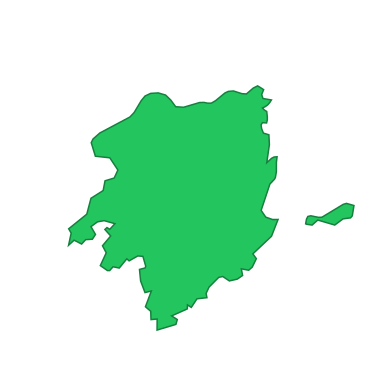 outline of Limburg, rotated 330°
{"feature_id": "BEL-3", "entity_name": "Limburg", "entity_type": "Province", "adm_level": 1, "iso_a3": "BEL", "parent_name": "Belgium", "parent_adm1": "", "projection": "robinson", "projection_center": [5.471, 50.993], "detail": "fine", "context": "isolated", "style": "filled", "palette": "green", "viewbox_px": 384, "rotation_deg": 330, "n_neighbors": 0, "source": "natural_earth", "source_scale": "10m", "svg_char_len": 1889}
<svg xmlns="http://www.w3.org/2000/svg" viewBox="0 0 384 384"><g transform="rotate(330 192 192)"><path d="M222.2,111.1L227.1,114.4L243.3,118.3L247.2,120.4L250.0,122.9L253.1,124.7L258.0,124.7L270.0,122.7L273.7,123.0L278.4,125.2L284.4,131.8L288.2,134.3L297.0,132.6L301.9,132.9L304.4,137.5L305.2,139.2L301.1,142.4L300.2,146.5L306.8,152.0L304.1,153.4L301.2,154.4L298.1,154.7L295.0,154.5L295.7,157.1L296.2,158.2L297.0,159.6L294.8,164.6L293.3,167.2L291.1,169.5L287.7,167.2L285.4,168.4L284.0,171.9L283.3,176.7L287.2,180.9L282.7,189.7L271.4,204.0L277.8,202.6L280.5,202.7L283.3,204.0L280.0,208.4L275.1,216.8L271.4,221.2L270.0,222.1L266.7,223.1L263.4,224.1L242.7,242.5L243.3,250.6L248.0,256.1L252.8,258.8L238.7,270.1L213.8,276.0L214.4,281.9L206.6,287.2L202.0,288.1L196.3,283.2L194.1,289.6L187.6,290.1L179.9,287.7L176.4,280.6L172.5,279.3L159.2,282.9L153.5,286.9L152.1,291.0L142.9,287.0L133.7,291.6L131.6,287.5L129.5,290.9L112.4,289.1L115.5,295.1L111.9,298.6L92.7,294.1L98.3,284.6L92.7,282.0L96.6,274.7L94.3,268.1L107.3,257.4L101.0,255.6L103.0,243.4L107.8,232.8L113.4,234.3L114.8,233.2L117.3,223.2L113.1,220.3L103.1,220.2L102.1,217.3L91.0,221.5L86.2,217.3L81.4,218.9L79.5,217.8L75.8,209.9L87.3,201.8L87.6,193.8L99.6,189.4L97.8,180.9L100.6,180.3L102.1,183.2L109.4,180.9L101.6,172.9L95.2,170.6L87.2,171.5L87.2,180.5L82.1,183.1L76.1,180.1L70.4,181.9L65.8,174.8L58.5,176.4L66.8,167.2L66.8,162.2L89.8,158.6L101.4,146.9L115.8,146.3L122.3,138.8L131.6,141.0L138.8,135.9L137.9,121.3L126.2,112.7L129.4,98.9L132.8,96.6L141.8,94.8L175.7,96.0L181.7,94.2L193.7,87.5L199.3,85.4L205.5,85.9L212.3,89.3L217.6,94.8L219.6,101.8L220.5,110.0L222.2,111.1ZM280.1,271.1L283.0,272.0L288.9,277.2L291.9,278.8L316.8,278.3L320.1,279.1L325.5,284.7L318.9,292.8L316.4,293.7L309.4,290.8L299.1,292.0L286.9,279.2L279.5,280.7L275.2,277.3L274.5,276.4L277.6,272.7L280.1,271.1Z" fill="#22c55e" stroke="#15803d" stroke-width="1.5"/></g></svg>